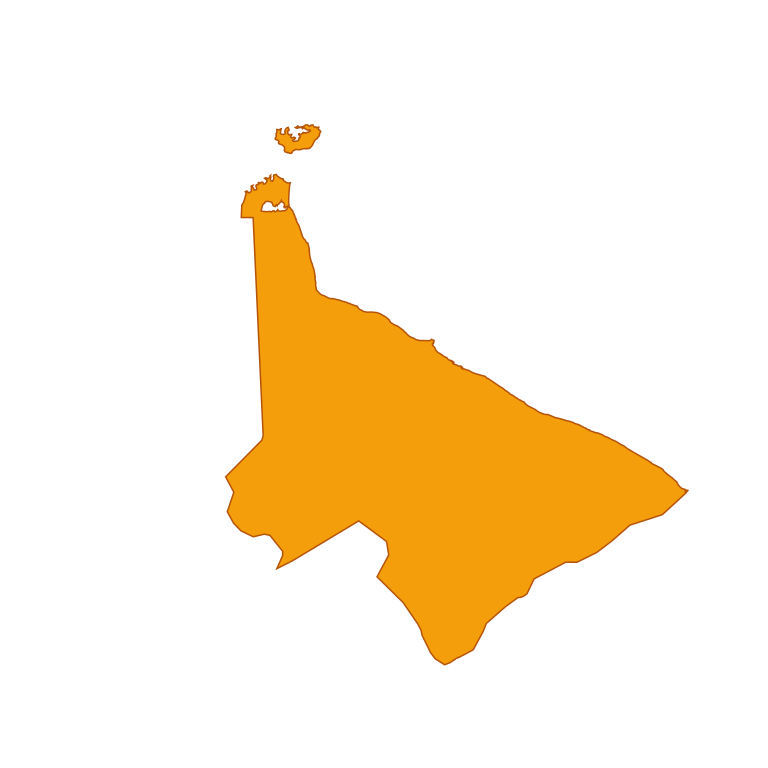 Dhubab, Ta`izz, Yemen (Mercator projection), rotated 148°
{"feature_id": "15242507B83156576087304", "entity_name": "Dhubab", "entity_type": "district", "adm_level": 2, "iso_a3": "YEM", "parent_name": "Yemen", "parent_adm1": "Ta`izz", "projection": "mercator", "projection_center": [43.427, 12.956], "detail": "fine", "context": "isolated", "style": "filled", "palette": "amber", "viewbox_px": 768, "rotation_deg": 148, "n_neighbors": 0, "source": "geoboundaries", "source_scale": "gbopen_adm2", "svg_char_len": 6148}
<svg xmlns="http://www.w3.org/2000/svg" viewBox="0 0 768 768"><g transform="rotate(148 384 384)"><path d="M374.0,130.3L359.9,139.2L324.3,136.6L314.9,130.6L292.8,128.4L273.5,130.2L250.3,134.0L217.1,125.7L185.6,131.6L185.7,133.1L184.4,134.2L183.8,132.5L184.0,132.2L182.7,132.5L182.7,132.8L183.4,133.2L183.7,132.9L183.9,133.5L183.3,134.1L183.9,133.9L184.5,134.5L184.5,135.0L187.0,137.8L187.1,139.1L187.7,140.4L188.0,144.0L187.6,145.3L189.5,152.1L191.1,156.0L192.9,161.9L192.7,163.4L193.6,165.7L199.3,175.0L199.0,175.9L200.0,177.4L200.3,178.5L209.0,194.6L212.0,200.6L213.4,204.4L215.1,207.0L217.7,212.4L220.8,216.8L221.6,218.7L224.8,223.1L225.6,225.0L228.0,228.4L229.6,230.1L231.2,231.3L231.3,232.0L233.2,234.0L233.9,235.2L234.0,236.2L235.3,237.2L236.1,239.4L237.2,240.7L240.2,246.0L243.4,249.8L244.0,251.1L247.1,254.8L249.0,256.4L249.6,257.5L250.5,258.3L251.9,260.1L256.8,265.0L261.0,271.1L263.8,273.0L267.0,277.2L268.6,280.3L269.1,281.9L273.5,289.2L274.6,292.5L274.7,294.3L275.4,295.5L275.9,295.9L276.9,298.0L277.6,298.8L280.5,305.3L282.7,309.3L282.6,310.0L284.1,313.6L284.6,314.2L285.3,317.0L287.0,320.2L292.8,333.4L293.7,334.6L294.1,336.8L300.9,344.2L303.2,347.3L305.0,350.8L306.7,352.4L307.7,354.0L308.5,354.4L309.0,354.9L309.7,355.9L310.0,357.0L309.2,357.4L309.1,355.6L308.8,355.5L308.7,356.7L309.2,358.4L311.7,360.0L312.2,361.4L314.5,364.2L314.7,364.9L314.3,365.8L314.9,367.8L314.6,367.9L314.4,367.5L313.7,365.5L313.8,364.8L313.5,364.9L313.3,365.7L314.3,367.9L316.5,370.4L316.8,373.1L318.5,375.5L320.5,380.5L321.4,381.7L321.8,383.3L322.1,385.5L321.7,388.1L322.1,390.2L321.9,392.1L321.7,392.5L321.0,392.6L320.7,392.2L320.3,392.6L320.6,392.7L320.0,392.6L319.5,393.7L319.0,393.7L318.5,394.5L320.0,396.5L320.0,397.3L320.2,396.5L320.6,396.3L322.2,396.5L330.6,401.9L333.3,404.7L334.9,407.7L335.8,408.6L337.1,410.8L338.2,414.1L338.2,415.4L339.1,418.0L339.1,419.1L341.9,426.1L343.6,428.2L345.8,432.7L345.7,436.0L346.8,439.4L350.1,445.8L352.4,448.5L356.1,451.4L360.0,453.7L362.5,455.9L365.4,460.7L365.6,461.8L365.4,464.1L367.3,466.0L368.7,468.1L369.4,468.6L370.1,470.2L370.8,470.6L372.9,473.6L376.4,477.3L376.7,478.1L382.3,483.7L384.0,484.7L385.6,486.4L387.6,490.0L389.9,492.9L390.7,495.2L391.5,500.0L390.8,500.9L389.9,503.5L388.9,505.2L388.3,505.8L386.5,510.5L385.7,511.0L384.7,513.4L382.5,519.0L382.1,521.4L381.3,523.6L380.9,526.3L379.7,530.1L378.6,533.0L375.9,538.1L373.9,543.7L374.9,545.3L374.5,547.6L375.1,550.3L375.0,552.0L372.2,563.3L372.1,567.4L371.8,568.1L371.6,570.4L371.1,570.4L371.1,572.2L370.4,574.6L370.0,578.7L369.6,579.4L370.1,580.8L370.1,583.2L370.9,584.6L371.7,584.9L374.1,583.6L376.2,583.4L379.0,585.1L380.4,585.3L381.5,586.5L381.8,587.3L381.7,588.2L383.9,587.4L385.1,587.8L385.6,588.5L385.4,589.2L386.5,589.7L388.5,589.7L389.3,591.0L391.3,591.7L396.1,595.2L396.5,596.0L391.6,600.5L389.5,600.6L388.2,601.4L386.1,600.8L382.9,597.8L383.5,593.7L382.3,592.1L381.3,592.3L380.5,593.2L379.9,592.8L379.9,592.0L379.5,592.4L378.1,592.4L375.0,593.2L373.7,594.1L374.0,592.6L372.9,590.5L373.7,587.9L374.4,587.4L375.1,587.4L374.9,586.0L374.3,585.7L372.8,586.1L370.1,585.4L368.6,588.6L365.6,593.2L359.6,601.4L356.9,604.4L358.5,604.9L360.0,606.6L361.4,609.8L361.4,610.4L361.0,610.7L361.0,611.7L361.9,612.2L362.9,613.8L364.2,616.8L364.4,618.9L365.9,619.1L366.5,619.7L367.9,618.5L367.9,617.7L369.2,616.0L371.3,615.1L372.4,616.6L371.8,617.8L370.2,619.6L370.1,620.3L369.5,621.1L370.5,620.9L371.0,620.0L371.5,619.6L373.0,619.6L374.0,620.0L374.3,620.9L375.3,621.7L376.3,621.8L375.3,618.6L376.6,617.4L379.0,616.8L380.2,617.4L379.8,619.0L380.1,619.5L381.4,620.2L382.1,619.7L382.6,619.8L383.3,621.1L383.8,621.4L384.4,620.8L384.5,620.0L385.0,619.8L386.4,620.4L387.2,620.4L387.9,619.3L388.4,616.8L389.4,616.4L391.1,617.2L391.3,617.9L390.8,619.1L391.3,620.0L391.3,621.1L389.9,621.9L391.5,622.3L392.1,621.8L392.6,620.3L393.3,619.8L393.7,618.5L395.0,617.7L396.6,617.5L397.7,617.9L397.9,618.3L397.6,618.5L397.7,619.6L398.1,620.5L399.8,620.6L399.6,619.0L404.7,614.2L407.4,612.2L409.8,611.1L416.8,600.8L406.8,594.5L513.8,404.3L517.3,401.1L567.5,389.2L568.7,371.8L584.6,358.7L585.3,345.7L583.1,335.2L575.8,323.7L565.1,320.1L560.9,316.0L558.6,295.8L561.0,292.1L572.7,284.2L555.3,282.6L478.0,281.3L465.3,249.1L470.6,236.5L492.1,224.2L483.6,188.6L482.5,162.6L483.0,155.9L484.9,150.4L486.9,131.1L486.1,123.7L481.4,113.8L475.8,112.7L466.3,113.0L466.1,112.5L449.2,111.3L431.0,121.6L424.1,126.7L398.9,130.8L383.7,131.9L381.4,130.8L378.5,130.1L374.0,130.3ZM323.4,623.6L321.4,623.3L320.9,623.7L320.2,623.7L317.9,624.6L313.8,627.2L312.4,627.6L310.2,627.6L309.2,628.3L307.6,628.6L306.6,629.4L306.5,630.1L305.9,630.6L304.1,631.4L303.8,632.3L304.7,634.6L303.8,636.1L303.2,636.2L303.2,636.5L305.4,637.1L305.8,637.7L305.6,638.2L307.0,638.9L307.2,639.4L307.0,641.5L307.7,641.5L308.8,642.3L309.5,641.8L310.8,642.2L311.4,644.0L312.0,644.6L313.3,645.3L315.9,645.1L319.1,646.3L319.8,646.9L320.5,648.6L321.8,648.2L323.2,648.5L322.8,647.5L321.9,646.8L320.3,646.4L320.2,646.7L318.9,646.0L318.2,645.0L318.2,644.8L317.5,644.2L317.6,643.6L316.3,643.9L315.9,643.5L315.6,643.0L315.8,642.5L314.2,639.7L312.1,638.9L312.4,637.5L313.7,637.8L314.9,637.4L315.6,638.1L317.0,638.0L317.7,639.1L319.1,639.2L319.2,640.1L322.1,639.5L322.7,639.8L323.1,641.2L323.8,641.4L324.1,641.0L323.9,638.2L324.5,637.6L325.7,637.7L327.0,636.2L328.3,635.9L332.2,637.6L332.5,638.3L332.3,639.2L330.5,639.2L330.3,638.9L329.9,639.2L328.9,639.3L328.7,639.6L329.4,641.0L331.4,641.4L332.0,641.9L332.3,642.9L330.0,644.6L331.2,645.3L332.2,645.3L332.6,645.8L332.8,646.7L332.0,649.4L331.6,649.6L330.4,649.3L329.8,649.6L329.3,652.5L330.6,652.7L332.8,652.0L334.4,650.8L334.8,648.8L335.6,648.6L336.9,648.8L339.0,650.6L339.2,651.4L335.9,654.9L336.6,655.2L338.2,655.0L340.0,656.7L341.2,654.5L342.1,653.8L342.9,653.5L344.5,650.6L345.8,650.3L346.5,649.1L344.7,646.7L344.6,645.7L344.9,644.8L345.7,644.5L345.9,643.6L343.4,640.2L343.0,638.5L342.9,637.8L343.7,635.9L344.7,635.1L344.9,633.3L343.5,631.9L343.4,631.3L342.5,630.9L341.8,629.7L340.5,628.8L339.6,628.8L337.8,629.9L336.7,629.9L336.2,629.6L334.8,629.8L331.0,627.1L328.0,626.4L325.8,625.2L325.6,624.7L324.9,624.8L323.4,623.6Z" fill="#f59e0b" stroke="#b45309" stroke-width="1.5"/></g></svg>